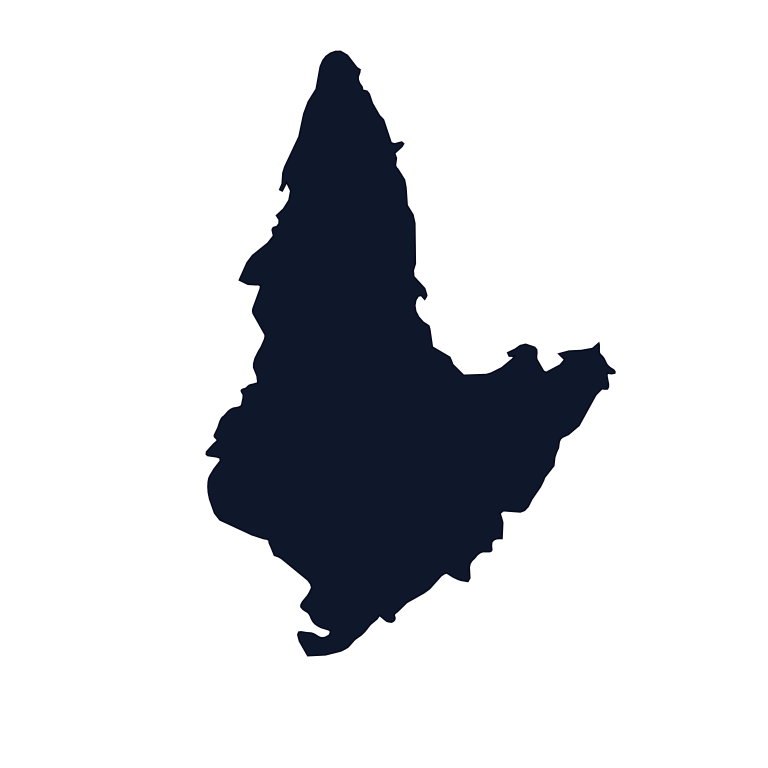 map outline of Granma (Natural Earth projection), rotated 117°
{"feature_id": "CUB-1366", "entity_name": "Granma", "entity_type": "Province", "adm_level": 1, "iso_a3": "CUB", "parent_name": "Cuba", "parent_adm1": "", "projection": "natural_earth1", "projection_center": [-76.9, 20.306], "detail": "fine", "context": "isolated", "style": "filled", "palette": "ink", "viewbox_px": 768, "rotation_deg": 117, "n_neighbors": 0, "source": "natural_earth", "source_scale": "10m", "svg_char_len": 3927}
<svg xmlns="http://www.w3.org/2000/svg" viewBox="0 0 768 768"><g transform="rotate(117 384 384)"><path d="M357.1,560.1L338.1,561.1L329.1,559.5L311.3,551.5L302.2,549.7L297.3,553.7L294.9,553.7L292.2,550.9L288.6,550.3L285.1,552.1L282.7,556.3L273.7,553.0L263.4,552.1L254.2,554.8L248.5,562.3L258.2,562.3L258.2,565.2L251.9,565.6L241.9,569.9L235.3,571.0L202.3,572.0L179.8,578.1L167.0,579.6L152.0,578.3L130.1,584.9L123.2,585.3L118.4,584.4L113.6,581.9L109.7,578.2L107.3,573.6L107.8,565.8L114.4,551.9L114.8,548.0L117.5,547.1L122.0,546.5L124.6,545.1L127.0,542.5L129.4,538.2L131.9,536.5L130.8,531.9L132.4,528.7L139.2,521.8L147.1,509.6L147.7,507.5L148.9,504.3L165.9,487.1L165.2,483.5L160.4,478.1L161.0,475.6L164.2,475.8L173.6,479.3L177.1,475.5L184.0,473.1L185.5,471.4L186.5,468.9L192.8,458.4L199.0,453.6L214.3,444.5L220.1,435.0L226.8,429.5L262.6,410.7L269.5,409.5L274.8,406.2L280.4,391.1L285.5,386.2L286.5,386.0L287.8,386.0L290.1,386.2L288.1,391.1L290.2,393.5L294.8,393.8L300.0,392.2L304.9,388.7L308.6,383.5L311.1,377.2L311.9,370.4L314.5,368.0L329.1,357.7L330.3,337.5L332.7,334.5L335.4,331.7L340.1,317.0L329.1,297.1L325.7,293.5L316.1,286.4L303.4,280.9L300.0,280.4L302.3,285.1L300.0,288.0L293.4,282.9L288.0,280.1L284.3,275.8L282.9,266.4L284.1,263.6L286.9,261.9L290.1,260.7L292.6,259.2L300.1,247.7L300.1,244.8L287.2,235.7L280.3,234.1L277.8,242.0L270.7,234.1L264.7,223.6L257.7,214.3L250.0,211.2L251.5,210.0L257.0,207.2L258.5,206.2L259.2,205.2L259.6,204.2L260.4,201.6L261.7,199.2L265.2,194.7L266.1,192.6L266.8,190.2L267.2,185.7L268.2,183.8L269.5,183.3L271.4,185.7L272.9,189.7L274.3,189.7L276.5,188.4L282.1,184.0L284.8,182.7L287.0,182.7L288.4,185.2L289.3,187.7L297.6,190.3L332.4,191.4L345.3,196.8L350.5,200.9L352.8,201.8L355.9,201.7L361.8,199.6L366.6,199.4L371.8,198.6L379.7,195.6L394.5,198.5L397.4,198.1L404.5,198.0L419.6,200.0L427.6,199.9L432.8,201.4L436.1,204.4L442.7,220.1L446.5,221.9L452.4,216.3L453.8,215.2L468.1,208.7L469.8,212.0L471.3,214.1L473.3,215.5L476.0,216.2L479.5,214.8L482.9,212.6L484.0,212.6L485.3,213.6L488.5,219.8L490.8,221.9L493.7,223.3L498.8,224.5L501.5,225.5L504.9,225.8L508.5,224.9L518.0,219.4L521.9,219.6L524.0,226.5L524.4,229.6L524.6,234.6L524.0,240.8L524.0,242.6L525.6,244.1L528.9,246.0L545.5,250.4L551.9,253.6L568.3,264.5L580.7,268.7L583.8,270.2L584.9,270.1L585.9,269.5L586.9,268.5L587.6,267.9L589.2,267.5L590.2,267.6L591.4,268.1L592.8,269.2L593.8,272.0L594.1,274.2L592.1,283.1L596.5,283.6L604.4,287.0L613.3,288.8L617.7,290.3L625.0,294.1L634.6,296.6L637.6,298.4L641.4,301.2L651.9,313.2L660.7,328.6L651.5,342.6L646.5,347.0L643.8,347.3L642.5,345.5L640.7,339.9L639.0,335.9L638.6,333.7L638.6,331.1L638.9,328.6L638.9,326.0L638.1,323.4L636.3,321.2L632.7,318.7L630.0,318.9L628.5,319.6L628.1,321.5L629.5,329.3L629.5,333.1L629.0,336.7L627.8,339.6L626.1,342.1L624.0,344.5L622.8,346.4L622.1,348.1L621.8,352.1L621.5,354.0L620.3,356.9L618.4,357.7L615.1,357.7L607.4,356.0L603.9,355.7L598.3,355.9L595.5,358.5L593.3,362.7L585.9,396.5L585.9,398.5L585.8,399.8L586.4,403.9L580.9,410.2L577.8,414.0L575.5,415.6L575.3,417.7L576.3,420.6L578.3,433.1L579.6,468.5L575.9,476.4L565.7,487.1L560.4,491.3L555.3,494.3L551.0,496.2L547.6,497.2L545.1,497.4L536.8,496.8L526.8,494.9L524.4,496.5L524.5,497.7L524.9,500.1L527.8,508.6L527.3,510.5L524.9,511.3L514.9,508.6L512.0,507.4L509.9,506.8L509.2,507.4L508.0,511.1L506.7,511.9L498.4,512.1L492.1,513.1L489.0,513.2L487.0,512.9L486.3,512.5L485.0,511.9L479.2,510.4L476.4,509.1L474.1,507.4L471.0,503.3L468.9,501.4L466.8,501.4L460.0,503.3L458.1,504.2L456.8,505.2L456.2,506.5L454.9,508.1L453.7,508.1L452.4,507.1L451.5,505.9L450.5,505.2L449.6,504.7L448.3,504.3L447.1,503.9L445.9,503.1L444.5,501.6L443.7,500.5L440.2,496.9L434.4,500.8L428.5,507.6L425.1,509.3L419.6,510.5L411.8,510.6L406.8,510.2L398.3,510.7L395.7,511.4L394.0,512.4L380.5,532.7L378.7,534.1L376.2,535.0L355.5,537.5L352.4,538.6L352.4,539.8L352.6,541.2L353.7,543.1L356.9,550.5L357.1,560.1Z" fill="#0f172a" stroke="#020617" stroke-width="1.5"/></g></svg>